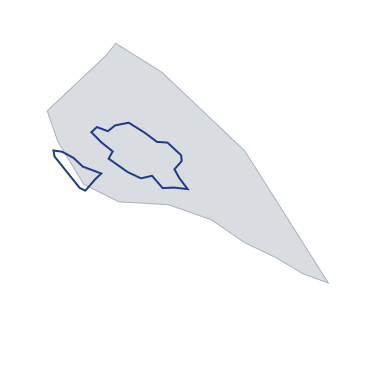 location of Triesenberg within Liechtenstein, rotated 131°
{"feature_id": "LIE-4892", "entity_name": "Triesenberg", "entity_type": "state/province", "adm_level": 1, "iso_a3": "LIE", "parent_name": "Liechtenstein", "parent_adm1": "", "projection": "mercator", "projection_center": [9.569, 47.119], "detail": "fine", "context": "in_parent", "style": "outline", "palette": "blue", "viewbox_px": 384, "rotation_deg": 131, "n_neighbors": 0, "source": "natural_earth", "source_scale": "10m", "svg_char_len": 790}
<svg xmlns="http://www.w3.org/2000/svg" viewBox="0 0 384 384"><g transform="rotate(131 192 192)"><path d="M225.8,354.5L145.1,346.4L129.9,347.1L121.4,293.5L126.4,179.1L171.2,29.5L180.8,54.1L186.4,85.3L195.6,118.7L200.4,159.5L217.1,201.5L247.5,240.9L257.2,278.9L241.8,326.5L225.8,354.5Z" fill="#d9dde1" stroke="#a8b0b8" stroke-width="1"/><path d="M205.4,306.4L201.3,295.4L192.1,293.7L181.2,285.2L178.3,266.6L177.2,251.4L170.8,242.9L171.4,224.3L175.4,220.1L186.4,220.1L189.8,210.7L192.7,197.2L200.2,208.2L208.3,216.7L206.0,232.8L215.2,239.5L219.2,253.9L221.5,276.8L213.4,278.5L214.0,292.9L212.9,307.2L205.4,306.4ZM260.9,273.4L262.6,279.4L255.4,319.0L251.6,323.8L246.9,316.6L244.0,303.9L244.5,291.2L237.6,272.6L246.3,273.4L260.9,273.4Z" fill="none" stroke="#1e3a8a" stroke-width="2"/></g></svg>